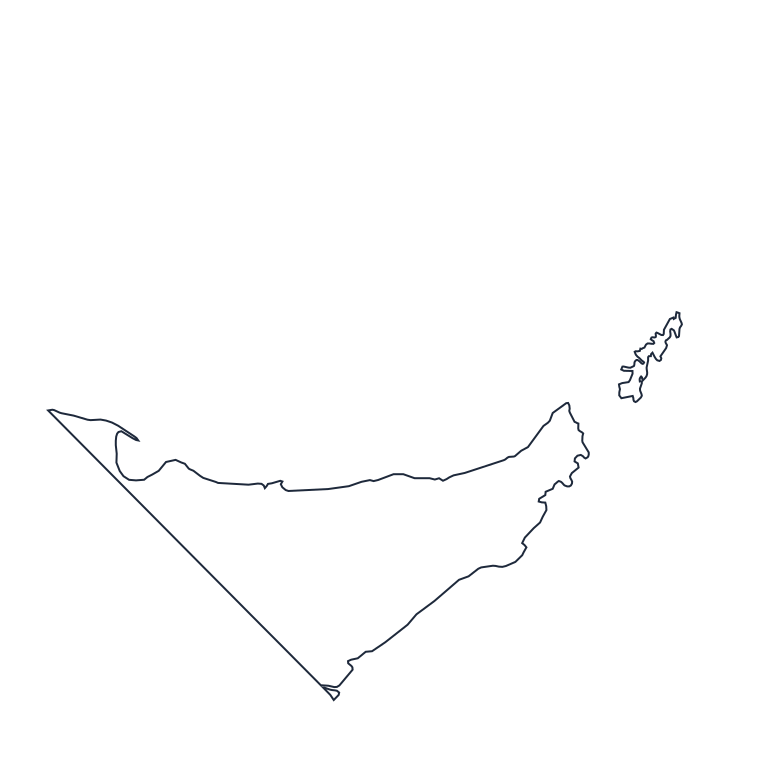 an SVG outline of Tierra del Fuego, rotated 315°
{"feature_id": "ARG-1272", "entity_name": "Tierra del Fuego", "entity_type": "National Territory", "adm_level": 1, "iso_a3": "ARG", "parent_name": "Argentina", "parent_adm1": "", "projection": "mercator", "projection_center": [-65.869, -53.846], "detail": "fine", "context": "isolated", "style": "outline", "palette": "slate", "viewbox_px": 768, "rotation_deg": 315, "n_neighbors": 0, "source": "natural_earth", "source_scale": "10m", "svg_char_len": 4368}
<svg xmlns="http://www.w3.org/2000/svg" viewBox="0 0 768 768"><g transform="rotate(315 384 384)"><path d="M126.3,552.8L126.5,503.2L126.6,453.9L126.8,405.0L127.0,356.4L127.2,308.1L127.4,260.2L127.6,212.5L127.8,165.2L131.3,167.7L132.3,169.2L134.4,174.9L135.3,176.6L142.2,186.9L149.1,199.6L151.0,202.1L158.4,208.7L161.6,213.3L164.4,218.9L166.5,225.5L170.4,244.5L170.8,247.2L170.3,250.1L169.1,248.3L167.9,244.5L164.9,231.7L162.3,230.2L160.2,230.4L157.5,231.8L154.2,234.5L151.1,237.6L145.7,244.3L139.2,250.4L135.6,258.7L134.6,265.0L136.0,271.5L140.5,276.8L146.7,282.1L151.0,282.5L155.9,284.1L163.3,286.1L174.7,285.0L183.0,290.3L185.1,296.0L186.8,299.6L186.1,305.8L186.5,307.2L187.9,310.6L189.0,318.9L189.8,322.6L195.8,334.3L196.7,336.6L217.0,359.4L224.4,365.2L226.8,368.0L227.2,370.8L226.1,373.4L228.9,373.2L231.3,372.6L234.5,374.9L242.2,379.1L243.2,381.1L240.2,381.9L239.1,385.1L239.5,389.5L240.8,392.1L270.1,418.7L286.9,431.4L299.0,437.3L306.1,442.0L308.0,445.3L311.9,447.7L326.9,454.5L333.9,461.5L339.0,472.2L349.6,482.8L352.4,487.5L356.3,489.6L357.3,494.1L361.0,495.5L364.2,496.2L368.6,497.8L378.2,504.0L414.9,522.6L416.4,523.1L419.3,523.4L420.8,523.9L424.5,527.1L425.6,527.6L433.8,528.2L441.2,530.4L467.1,526.4L472.5,527.3L475.3,527.2L482.8,523.8L499.3,526.4L500.8,527.6L499.9,530.2L497.8,532.8L496.0,534.0L495.2,535.6L492.0,545.5L492.4,546.4L493.0,548.4L493.5,549.4L489.9,552.8L489.0,554.2L489.2,555.9L489.8,558.0L489.9,559.8L487.5,561.2L484.1,564.3L483.2,565.6L480.4,577.1L479.1,578.5L477.5,579.5L476.2,579.8L473.9,579.2L473.5,577.7L473.6,575.7L473.0,573.3L470.1,571.5L466.4,571.6L464.0,573.5L464.9,577.2L462.5,580.7L453.8,579.8L450.1,580.9L449.2,582.4L448.7,584.3L448.0,586.1L446.5,587.3L444.4,587.9L442.6,587.4L441.1,585.9L440.0,583.5L439.9,582.6L440.1,579.9L440.0,578.4L439.5,577.2L439.0,576.2L437.6,575.9L435.7,575.8L433.6,575.6L429.2,577.4L422.1,574.5L419.5,576.6L412.6,574.9L410.3,576.5L411.9,579.3L414.2,581.9L412.3,585.1L409.7,588.0L402.4,590.1L396.4,592.3L387.9,591.8L375.0,592.2L369.2,594.2L369.5,597.3L369.2,600.2L363.5,601.8L360.7,602.8L351.1,602.7L341.5,598.9L338.4,597.0L336.1,594.4L334.3,591.6L332.5,589.5L323.0,582.4L320.0,581.3L307.8,579.8L298.6,575.5L266.3,573.1L244.1,569.8L230.5,570.9L202.2,567.5L186.6,564.5L181.7,560.4L171.5,559.4L165.8,555.7L162.6,554.5L161.2,556.2L161.6,560.4L161.3,562.0L159.8,563.8L139.3,565.6L136.5,564.9L134.5,563.1L131.3,558.0L126.9,553.0L126.3,552.8ZM634.9,542.9L637.0,543.5L639.4,541.5L641.6,540.1L643.0,542.9L640.8,544.8L639.9,545.9L639.0,547.4L637.6,551.2L636.8,552.5L635.3,553.0L633.3,553.3L631.9,554.0L626.5,558.7L625.3,558.9L623.9,558.0L624.6,556.3L626.5,552.2L626.9,551.1L626.4,548.4L625.1,548.0L623.5,549.2L622.1,551.1L620.6,552.6L619.0,553.1L615.1,552.9L614.7,552.6L614.1,552.5L613.0,553.0L612.4,553.8L612.0,554.9L611.8,556.0L611.5,556.7L608.9,558.1L599.0,559.9L598.3,561.9L596.8,562.8L595.1,562.5L594.0,560.5L594.0,558.5L594.6,556.0L596.0,551.7L594.1,551.7L593.3,552.2L592.4,553.0L590.9,551.6L589.7,551.8L587.3,554.2L581.4,558.0L580.3,559.2L578.3,561.9L577.0,563.1L575.3,564.0L573.5,564.4L569.7,564.5L570.0,563.7L570.2,563.1L570.5,562.5L571.1,561.9L571.1,560.5L569.9,560.6L568.7,561.0L567.7,561.8L566.7,563.1L567.2,563.4L568.1,564.5L566.8,565.8L561.7,568.3L560.4,569.8L558.9,573.3L558.0,574.6L556.1,575.2L550.6,575.1L549.1,574.6L548.6,573.0L549.2,571.6L550.4,570.2L551.4,568.3L541.8,561.9L542.3,558.4L544.6,556.2L547.2,554.5L548.4,552.4L549.9,550.4L553.1,551.8L558.3,555.6L560.6,555.2L567.0,552.5L568.9,550.5L563.0,544.3L562.0,541.5L564.9,540.3L565.8,541.1L568.4,545.2L569.7,546.7L573.4,548.0L574.5,547.5L576.5,545.8L577.4,545.5L578.3,545.4L579.4,545.5L580.3,546.4L580.7,548.7L580.7,551.5L581.1,552.6L581.8,553.0L583.1,552.7L583.3,551.8L583.0,550.6L582.9,549.4L582.9,546.3L582.6,543.8L582.8,541.3L584.0,538.5L585.0,538.7L586.5,540.3L588.3,541.5L590.3,540.3L590.8,541.2L591.2,541.5L591.8,541.5L592.4,541.7L593.9,542.4L597.1,541.4L599.0,541.7L600.3,543.0L601.6,544.7L602.9,546.1L604.1,546.1L604.9,544.3L604.4,542.4L604.3,540.9L606.0,540.3L606.8,540.7L608.3,542.5L609.3,542.9L610.2,542.4L611.0,541.3L611.8,540.4L613.0,540.3L613.5,541.3L614.8,545.5L615.9,546.7L617.2,546.4L620.3,543.6L632.1,540.2L635.7,541.7L634.9,542.9ZM125.0,571.9L126.2,565.9L126.3,555.8L127.3,556.9L129.7,561.9L130.8,563.6L132.8,566.1L133.8,567.6L134.1,570.5L132.1,571.8L125.0,571.9Z" fill="none" stroke="#1e293b" stroke-width="2"/></g></svg>